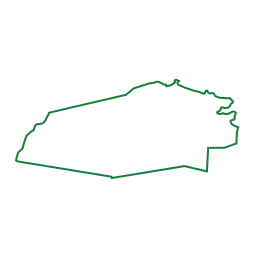 outline of Crownlands/Marc, Castries, Saint Lucia, rotated 93°
{"feature_id": "8701671B44468241471992", "entity_name": "Crownlands/Marc", "entity_type": "district", "adm_level": 2, "iso_a3": "LCA", "parent_name": "Saint Lucia", "parent_adm1": "Castries", "projection": "robinson", "projection_center": [-60.974, 13.951], "detail": "fine", "context": "isolated", "style": "outline", "palette": "green", "viewbox_px": 256, "rotation_deg": 93, "n_neighbors": 0, "source": "geoboundaries", "source_scale": "gbopen_adm2", "svg_char_len": 4872}
<svg xmlns="http://www.w3.org/2000/svg" viewBox="0 0 256 256"><g transform="rotate(93 128 128)"><path d="M166.2,238.1L167.1,236.9L177.5,142.0L178.8,141.6L163.2,70.3L163.0,70.2L167.2,46.9L143.7,46.9L142.7,30.7L137.8,19.0L126.1,19.0L121.5,17.9L120.4,21.8L118.5,24.7L116.3,25.9L115.3,25.8L114.7,24.7L114.1,22.5L112.7,21.8L111.1,22.3L108.6,21.4L106.9,21.2L106.0,23.2L106.3,24.8L108.6,28.6L108.9,30.1L108.8,32.4L108.2,34.1L109.2,36.0L109.2,38.0L108.5,39.6L107.7,39.8L106.9,38.9L106.2,37.4L104.9,36.6L102.6,35.9L102.5,34.4L102.9,33.2L102.8,30.0L101.7,28.0L99.7,27.0L98.9,26.7L98.7,26.5L98.5,26.4L98.4,26.3L98.2,26.1L98.1,25.9L97.9,25.7L97.7,25.5L97.6,25.3L97.4,25.1L97.2,25.0L97.1,24.8L96.9,24.7L96.7,24.6L96.3,24.6L95.9,24.6L95.7,24.7L95.6,24.9L95.4,25.1L95.3,25.3L95.1,25.5L94.8,25.9L94.7,26.0L94.4,26.2L94.2,26.4L94.0,26.6L93.9,26.8L93.7,26.9L93.6,27.0L93.2,27.3L92.9,27.6L92.8,27.8L92.8,28.0L92.8,28.3L92.9,28.5L93.0,28.7L93.0,29.0L93.0,29.4L93.1,29.7L93.1,29.9L93.1,31.7L93.1,32.0L93.1,32.3L93.1,32.7L93.1,32.8L93.1,33.0L93.1,33.4L93.1,33.7L93.1,34.4L93.1,34.9L93.1,35.1L93.1,35.3L93.2,36.3L93.2,36.5L93.1,36.8L93.1,37.0L93.0,37.5L92.9,37.9L92.9,38.1L92.8,38.3L92.8,38.5L92.7,38.9L92.6,39.4L92.5,39.6L92.4,39.9L92.4,40.1L92.3,40.4L92.1,40.8L92.0,41.2L91.9,41.4L91.9,41.6L91.8,41.8L91.7,42.0L91.5,42.4L91.3,42.7L91.2,42.8L91.1,43.0L90.9,43.1L90.7,43.2L90.6,43.3L90.4,43.4L90.3,43.5L90.1,43.6L89.9,43.7L89.7,43.8L89.4,44.0L89.2,44.2L89.0,44.4L88.9,44.5L88.8,45.0L88.7,45.5L88.7,45.8L88.8,46.0L88.9,46.5L89.0,46.7L89.1,46.9L89.2,47.1L89.3,47.3L89.3,47.7L89.2,47.8L89.2,48.0L89.2,48.3L89.1,48.5L88.9,49.0L88.6,49.4L88.3,49.7L88.2,49.9L88.0,50.1L87.8,50.2L87.7,50.3L87.3,50.4L87.1,50.5L86.9,50.5L86.7,50.7L86.6,50.9L86.5,51.1L86.5,51.4L86.6,51.6L86.7,51.8L86.8,52.0L87.1,52.3L87.3,52.4L87.5,52.5L87.8,52.7L88.1,52.8L88.3,52.8L88.5,52.9L88.9,53.0L89.1,53.1L89.3,53.3L89.5,53.4L89.6,53.6L89.7,53.8L89.7,54.1L89.7,54.3L89.7,54.5L89.6,55.0L89.4,55.4L89.4,55.7L89.3,55.9L89.0,56.6L88.9,56.9L88.8,57.2L88.7,57.4L88.6,57.6L88.5,57.8L88.4,58.0L88.3,58.4L88.3,58.6L88.2,59.1L88.1,59.3L88.1,59.6L88.0,59.8L88.0,60.0L87.9,60.4L87.8,60.7L87.8,61.0L87.7,61.3L87.7,61.5L87.7,61.8L87.6,62.2L87.6,62.4L87.5,62.7L87.5,62.9L87.4,63.4L87.3,63.7L87.3,63.9L87.2,64.2L87.2,64.4L87.1,64.7L87.0,64.9L86.9,65.2L86.9,65.4L86.8,65.7L86.8,65.9L86.7,66.1L86.6,66.4L86.6,66.6L86.5,66.9L86.5,67.1L86.4,67.3L86.3,67.5L86.2,67.8L86.1,68.1L86.1,68.3L86.0,68.5L85.9,69.0L85.8,69.5L85.6,70.0L85.5,70.5L85.4,70.7L85.3,71.2L85.3,71.3L85.2,71.6L85.1,71.8L85.1,72.0L85.0,72.3L84.9,72.6L84.8,72.8L84.7,73.2L84.6,73.7L84.5,73.9L84.4,74.1L84.3,74.4L84.2,74.6L84.0,75.2L83.9,75.5L83.7,75.8L83.7,76.0L83.5,76.3L83.4,76.6L83.3,76.8L83.3,77.0L83.2,77.3L83.1,77.6L83.0,77.9L82.9,78.1L82.9,78.4L82.8,78.6L82.7,78.8L82.7,79.0L82.5,79.4L82.4,79.6L82.3,79.9L82.2,80.1L81.9,80.4L81.7,80.5L81.4,80.8L81.2,80.8L80.8,80.9L80.6,81.0L80.4,81.0L80.2,81.0L79.9,80.9L79.7,80.9L79.3,80.6L79.2,80.5L79.0,80.3L78.9,80.1L78.8,79.9L78.6,79.5L78.4,79.4L78.3,79.7L78.2,80.0L78.0,80.5L78.0,81.0L77.4,82.0L77.2,82.4L77.7,83.4L78.0,83.8L79.6,83.6L80.0,83.5L80.3,83.7L80.7,84.2L81.0,84.8L81.2,85.0L82.4,86.4L82.8,86.9L83.6,89.0L83.8,89.8L84.0,90.4L84.0,90.8L84.3,91.3L84.3,91.8L83.3,92.2L82.9,92.6L82.6,93.2L82.8,94.3L82.8,94.7L82.0,95.8L81.4,96.5L81.2,97.3L81.2,97.7L80.6,99.0L80.2,99.6L80.3,100.3L80.4,101.9L80.6,102.7L81.1,103.5L81.6,105.0L82.2,107.1L82.2,108.7L88.1,124.3L94.9,131.6L116.9,207.8L117.0,207.8L117.4,207.8L117.6,207.9L117.8,207.9L118.1,208.0L118.3,208.0L118.5,208.1L118.8,208.2L119.0,208.3L119.3,208.4L119.5,208.5L119.8,208.6L120.0,208.7L120.2,208.8L120.3,208.9L120.5,209.0L121.0,209.4L121.2,209.5L121.4,209.6L121.6,209.6L121.9,209.7L122.5,209.9L122.9,210.0L123.1,210.1L123.3,210.2L123.4,210.3L123.6,210.3L123.8,210.5L124.1,210.6L124.3,210.8L124.8,211.0L125.6,211.4L125.8,211.6L126.1,211.8L126.2,212.0L126.4,212.2L126.6,212.3L126.7,212.5L127.0,212.8L127.3,213.1L127.6,213.4L127.7,213.5L127.8,213.7L127.9,213.9L128.0,214.1L128.1,214.4L128.2,214.6L128.2,214.8L128.3,215.0L128.4,215.4L128.5,215.7L128.5,215.9L128.6,216.1L128.6,216.4L128.7,216.6L128.8,216.9L128.8,217.2L128.8,217.3L128.8,217.6L128.9,217.9L128.9,218.1L128.9,218.5L129.0,218.7L129.0,218.9L129.0,219.1L129.1,219.3L129.3,219.6L129.5,219.9L129.7,220.2L129.8,220.3L130.2,220.5L130.4,220.7L130.6,220.8L131.1,221.1L131.3,221.1L131.5,221.1L131.8,221.2L132.0,221.2L132.4,221.3L132.7,221.3L132.9,221.4L133.1,221.5L133.4,221.6L133.6,221.6L133.8,221.6L134.1,221.7L134.2,221.8L134.4,221.9L134.6,222.0L134.9,222.1L135.0,222.2L135.2,222.3L135.3,222.5L135.6,222.9L135.7,223.1L135.8,223.2L135.9,223.4L136.0,223.5L136.3,223.9L136.4,224.0L136.5,224.3L136.6,224.5L137.7,225.6L139.0,226.8L140.1,228.2L141.2,228.8L144.5,230.1L146.2,230.5L148.3,231.0L149.7,231.4L153.2,232.0L154.5,232.7L157.4,235.6L158.2,236.4L162.1,237.4L166.2,238.1Z" fill="none" stroke="#15803d" stroke-width="2"/></g></svg>